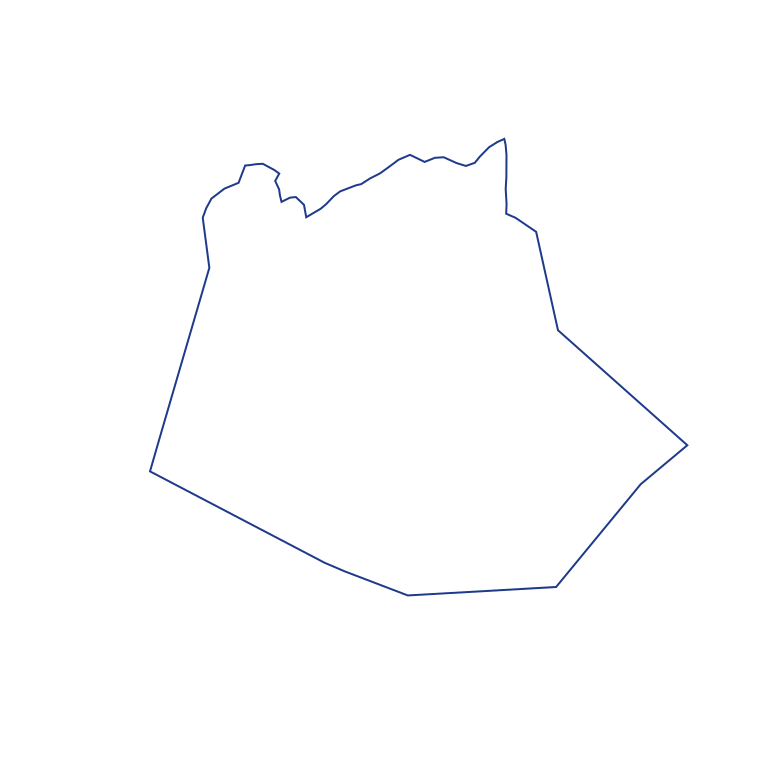 San Bartolomé Zoogocho, Oaxaca, Mexico, rotated 335°
{"feature_id": "50627088B99822052581383", "entity_name": "San Bartolomé Zoogocho", "entity_type": "district", "adm_level": 2, "iso_a3": "MEX", "parent_name": "Mexico", "parent_adm1": "Oaxaca", "projection": "mercator", "projection_center": [-96.24, 17.246], "detail": "fine", "context": "isolated", "style": "outline", "palette": "blue", "viewbox_px": 768, "rotation_deg": 335, "n_neighbors": 0, "source": "geoboundaries", "source_scale": "gbopen_adm2", "svg_char_len": 898}
<svg xmlns="http://www.w3.org/2000/svg" viewBox="0 0 768 768"><g transform="rotate(335 384 384)"><path d="M317.0,586.0L454.2,640.7L574.3,583.3L633.0,567.7L564.4,408.8L586.2,310.4L573.4,288.9L566.7,281.3L571.1,272.8L576.7,258.7L582.1,248.7L591.8,228.2L593.7,223.0L595.3,218.6L596.6,212.7L588.9,212.6L579.3,213.8L567.0,218.4L559.8,221.9L550.4,221.0L543.3,214.6L533.9,203.7L525.7,200.5L514.7,199.9L504.4,187.3L492.0,186.9L480.5,189.3L469.5,191.4L458.3,191.8L447.7,193.2L442.6,192.1L425.7,190.9L418.0,192.5L407.7,196.5L400.7,198.4L384.0,200.0L387.2,187.8L383.1,177.3L377.6,175.4L368.1,175.6L369.4,169.1L371.2,163.2L371.2,154.0L378.0,149.0L374.9,143.5L367.2,133.2L360.9,130.7L354.6,128.8L350.5,127.3L337.2,140.2L322.0,139.5L306.0,143.0L297.1,149.6L290.0,156.7L274.8,204.9L157.6,338.4L135.0,364.3L254.6,520.9L269.2,537.2L316.1,585.6L317.0,586.0Z" fill="none" stroke="#1e3a8a" stroke-width="2"/></g></svg>